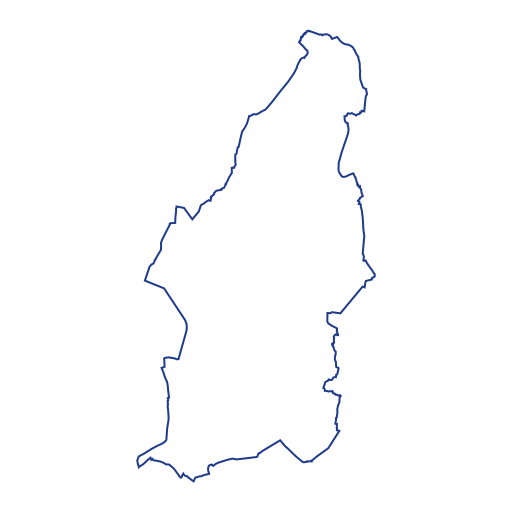 the district of Ban Mi, Lop Buri, Thailand
{"feature_id": "78962969B12311956961781", "entity_name": "Ban Mi", "entity_type": "district", "adm_level": 2, "iso_a3": "THA", "parent_name": "Thailand", "parent_adm1": "Lop Buri", "projection": "equal_earth", "projection_center": [100.564, 15.079], "detail": "fine", "context": "isolated", "style": "outline", "palette": "blue", "viewbox_px": 512, "rotation_deg": 0, "n_neighbors": 0, "source": "geoboundaries", "source_scale": "gbopen_adm2", "svg_char_len": 6008}
<svg xmlns="http://www.w3.org/2000/svg" viewBox="0 0 512 512"><path d="M337.1,37.0L332.0,38.9L330.6,36.4L329.7,35.6L327.6,34.4L324.0,34.4L322.4,35.3L321.8,34.6L321.3,34.4L319.8,34.7L309.5,31.0L309.1,31.3L308.2,30.7L307.4,30.9L306.8,31.2L306.6,32.3L305.9,33.0L305.7,33.0L305.4,32.7L305.1,32.7L304.7,33.1L304.7,33.8L304.3,33.6L303.9,34.2L303.3,34.5L303.2,34.7L303.5,35.0L302.7,35.8L302.8,36.3L302.5,36.9L302.1,37.2L301.5,37.2L301.3,36.9L301.0,37.1L301.1,38.3L300.6,39.1L300.7,39.5L300.4,40.9L300.2,41.0L299.8,40.8L299.3,41.5L299.2,42.4L303.4,46.5L305.4,49.0L306.4,49.8L307.5,51.0L307.7,52.7L307.2,54.5L306.5,54.9L305.5,56.2L305.1,56.5L304.5,57.8L303.8,57.4L300.9,58.9L299.1,61.9L297.4,65.5L297.0,66.7L296.9,67.5L294.7,71.9L293.6,73.8L290.2,78.8L287.9,82.0L280.2,91.4L271.6,102.5L266.1,108.9L265.1,109.8L262.5,111.0L257.1,114.2L255.7,114.4L254.5,114.1L253.3,114.3L250.6,115.8L249.0,116.2L248.8,117.6L246.9,123.7L244.9,127.6L242.2,131.5L241.0,136.1L240.7,137.8L240.4,138.8L238.9,145.9L238.5,147.1L237.8,147.3L236.9,150.7L236.7,153.0L236.0,154.2L235.3,154.6L235.2,159.6L235.5,160.3L235.2,161.1L235.3,162.5L235.7,164.2L235.6,164.8L234.1,167.3L233.9,167.9L233.1,167.8L232.6,168.0L232.4,167.6L232.0,167.6L231.7,167.9L231.9,172.8L229.0,177.4L227.9,180.1L226.9,181.9L226.6,182.7L225.7,183.8L226.0,184.3L225.2,185.2L224.2,187.6L221.4,188.9L221.5,189.8L216.4,190.7L214.0,193.2L214.1,194.1L213.0,195.2L211.1,196.6L211.4,197.4L210.8,197.9L211.0,198.8L210.5,200.8L208.8,200.2L206.5,201.5L203.5,203.7L200.9,205.2L198.8,211.5L192.3,219.3L184.0,207.9L176.5,206.5L176.4,207.8L176.0,209.3L176.1,211.1L175.4,217.4L175.2,222.9L170.4,223.2L170.1,223.5L170.3,223.6L162.1,239.7L161.0,242.9L161.1,246.6L160.9,249.6L160.8,250.1L156.6,257.1L155.6,259.2L155.2,259.5L153.5,263.5L151.5,264.5L149.6,266.6L144.9,280.6L164.1,288.4L184.9,319.8L186.0,322.2L186.6,324.6L186.8,327.0L186.7,329.5L186.3,331.4L178.5,359.1L176.9,359.3L174.4,358.3L170.8,357.8L168.6,357.3L165.5,357.8L164.2,358.3L164.6,366.8L161.6,367.9L163.2,371.8L164.9,377.1L166.9,381.5L167.4,383.5L167.7,385.4L168.4,392.7L169.1,397.6L167.8,398.0L168.3,400.4L167.6,400.9L168.0,404.2L168.0,404.6L167.8,404.8L167.7,406.9L168.1,409.9L168.5,415.6L168.6,419.4L167.1,429.0L166.4,439.6L165.9,440.5L165.2,441.4L162.9,443.2L157.2,445.9L151.9,448.7L144.4,453.4L138.7,456.5L137.3,460.4L137.5,462.2L138.9,467.2L139.4,466.6L143.2,464.2L148.9,458.9L150.5,457.7L151.3,459.8L152.6,458.9L153.1,460.1L153.3,460.2L157.5,460.9L160.8,461.7L163.5,462.8L165.9,464.3L169.4,464.6L170.4,465.8L171.5,466.5L172.7,467.5L174.5,469.4L178.8,475.3L179.5,476.6L180.5,477.4L181.0,477.6L181.5,477.2L182.5,474.8L183.4,473.6L184.0,474.8L184.5,475.3L185.7,476.0L187.1,476.2L188.6,477.8L189.9,478.6L191.9,480.2L193.7,481.3L195.1,478.0L195.7,477.4L197.5,477.1L199.0,476.4L200.5,476.4L205.0,474.8L209.1,473.9L208.3,471.1L208.1,469.6L208.1,468.0L208.8,466.0L210.2,464.8L211.0,464.9L211.9,464.6L213.2,465.9L215.9,463.8L218.0,462.8L226.0,460.2L231.8,458.7L232.7,458.7L236.8,459.4L256.8,457.0L257.4,456.4L258.5,453.4L259.6,453.3L261.9,451.3L280.2,440.3L285.2,446.3L287.7,448.4L295.9,456.4L302.3,461.7L303.9,462.3L307.3,461.7L307.3,461.3L311.7,461.4L311.5,460.5L312.7,459.9L316.8,456.5L328.3,448.2L339.3,430.9L336.9,430.2L337.0,428.0L336.7,427.8L337.0,424.0L335.3,423.7L335.9,421.0L336.1,417.9L336.6,417.8L337.2,414.0L337.5,411.1L337.2,409.7L337.4,408.7L338.2,404.8L338.7,404.2L339.4,402.1L339.5,398.7L339.7,397.5L340.0,396.8L340.7,396.0L339.8,395.1L338.3,395.6L336.7,394.6L336.2,394.8L335.8,394.8L335.0,394.2L334.9,393.8L334.7,393.5L333.1,393.3L332.7,392.8L332.7,391.4L332.3,391.1L330.6,391.4L329.7,391.2L328.5,391.5L325.8,390.7L325.0,390.9L324.4,388.7L323.3,387.9L323.7,387.1L324.2,385.3L324.7,384.4L325.1,382.5L325.5,381.9L327.9,380.8L328.6,379.4L330.3,380.1L331.9,379.8L332.3,379.6L332.8,378.3L333.6,377.4L334.9,377.1L335.9,377.2L336.1,376.8L336.1,374.9L336.7,374.8L337.4,373.8L337.9,371.1L338.2,370.5L338.6,368.2L338.3,367.8L336.4,367.1L336.2,366.8L336.0,365.4L336.1,364.4L335.9,362.2L335.5,360.9L335.0,360.0L334.8,358.4L335.0,356.1L335.6,354.8L335.7,351.7L335.6,351.4L334.8,350.9L334.6,350.5L333.5,347.6L333.4,346.5L333.1,346.1L332.6,346.0L332.5,345.6L332.7,345.0L332.2,344.8L332.0,343.9L332.8,343.2L333.5,343.6L334.1,342.3L333.8,339.9L334.1,339.0L334.1,337.9L333.7,336.9L334.1,335.9L334.8,335.4L335.1,334.8L336.1,334.2L336.5,334.4L337.0,335.1L337.7,334.8L338.0,334.9L337.8,334.0L336.7,330.9L337.0,330.4L337.0,328.4L331.0,325.3L328.5,323.5L328.0,322.9L327.4,321.7L327.3,321.0L327.5,313.0L330.5,313.2L331.8,312.2L340.4,313.3L362.6,286.6L364.6,287.4L365.5,281.8L365.8,281.4L365.9,281.0L371.8,279.5L371.8,278.1L373.6,277.3L373.7,277.0L374.7,276.4L374.7,274.0L373.6,272.9L372.2,270.4L367.4,263.8L366.4,262.1L365.7,260.5L363.7,260.8L363.4,260.6L363.9,256.9L363.2,254.4L362.7,253.9L364.3,236.0L363.7,231.9L363.3,228.4L363.0,221.8L362.6,217.0L361.8,210.5L360.9,207.2L360.6,204.2L358.8,204.0L359.5,201.9L357.9,200.8L359.8,198.8L360.0,197.8L362.8,196.1L361.4,192.3L361.2,189.6L360.2,188.3L360.1,187.3L359.7,187.1L359.8,186.2L358.7,186.6L358.3,185.2L357.8,185.5L357.2,184.8L357.5,183.4L357.0,182.8L355.7,178.4L355.4,177.7L355.4,177.2L354.7,176.6L353.9,174.4L353.2,173.3L348.5,175.2L346.3,176.4L344.1,176.9L342.8,176.9L341.9,176.4L340.7,174.8L338.8,171.5L338.5,170.1L338.7,163.0L341.8,151.9L348.0,133.7L348.6,129.6L348.2,126.6L347.5,124.2L347.9,123.5L347.3,122.9L345.8,122.4L345.0,121.1L344.7,119.9L344.5,116.3L345.7,116.2L346.0,115.8L346.7,115.7L347.2,114.2L348.0,113.3L350.1,113.8L351.8,113.1L356.1,115.4L356.3,114.9L357.0,114.5L357.7,114.5L358.3,114.1L359.6,113.8L359.8,113.6L360.1,112.3L361.2,112.4L361.7,110.7L364.2,111.4L365.6,97.6L365.9,96.2L366.9,94.4L367.0,93.9L366.2,90.4L366.2,89.1L363.4,87.8L362.9,87.1L360.5,80.2L360.2,78.7L360.0,73.8L360.2,71.4L359.7,67.0L359.8,64.6L359.5,62.3L358.5,59.0L358.3,56.9L356.9,54.9L355.8,52.9L354.9,51.1L354.7,50.2L354.0,49.6L353.5,48.4L352.8,47.2L350.5,45.7L348.4,44.7L345.5,44.3L343.9,43.7L341.9,42.4L340.1,40.8L338.0,37.9L337.1,37.0Z" fill="none" stroke="#1e3a8a" stroke-width="2"/></svg>